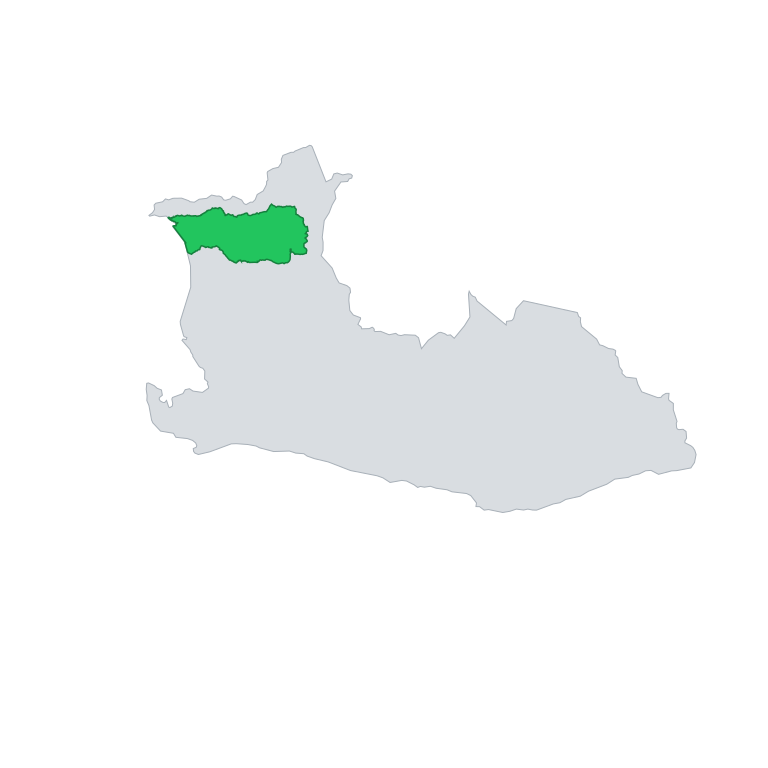 Maynas, Loreto, Peru shown in context, rotated 309°
{"feature_id": "86281439B40534422566691", "entity_name": "Maynas", "entity_type": "district", "adm_level": 2, "iso_a3": "PER", "parent_name": "Peru", "parent_adm1": "Loreto", "projection": "robinson", "projection_center": [-74.266, -2.675], "detail": "fine", "context": "in_parent", "style": "filled", "palette": "green", "viewbox_px": 768, "rotation_deg": 309, "n_neighbors": 0, "source": "geoboundaries", "source_scale": "gbopen_adm2", "svg_char_len": 9692}
<svg xmlns="http://www.w3.org/2000/svg" viewBox="0 0 768 768"><g transform="rotate(309 384 384)"><path d="M526.2,226.2L526.0,228.3L523.7,229.3L521.6,227.8L518.5,228.3L513.9,223.4L502.8,224.2L497.9,229.8L490.5,231.0L482.5,233.6L473.4,234.7L459.1,243.7L455.9,247.4L449.4,252.6L444.1,254.4L441.5,270.7L436.3,280.2L434.3,285.5L437.1,293.3L437.1,297.2L434.2,300.3L431.8,300.6L426.9,304.0L419.6,311.2L418.3,316.7L420.7,324.0L419.9,324.8L413.9,326.2L414.0,330.3L412.8,331.9L417.8,337.7L420.7,339.1L420.8,340.6L420.4,342.0L419.2,342.7L419.1,344.0L422.8,348.3L425.5,357.0L430.8,361.3L430.9,364.1L432.4,366.8L435.2,368.9L441.6,377.6L441.7,381.7L435.0,390.9L446.0,390.9L458.2,394.1L459.9,395.6L461.4,399.8L461.6,402.5L464.0,404.7L463.7,409.8L479.8,409.9L490.2,408.6L507.0,393.1L509.7,391.8L508.3,395.1L508.1,397.6L508.9,400.3L507.0,404.1L506.7,441.8L509.8,439.8L513.7,443.4L516.5,443.5L525.8,439.3L536.5,440.0L561.2,489.3L559.0,492.7L559.1,495.2L556.0,497.4L552.9,501.4L552.7,521.0L550.1,526.9L551.5,530.0L552.9,536.2L555.2,540.0L555.7,542.4L555.5,543.3L552.0,545.4L551.7,549.0L545.5,556.0L544.3,560.7L542.0,562.3L541.6,567.7L547.1,576.4L543.5,581.6L540.1,589.2L545.7,605.4L548.0,607.7L550.4,607.6L554.1,609.0L556.1,611.4L551.5,614.5L550.7,615.8L551.0,621.1L546.0,625.1L539.3,635.3L537.5,635.8L534.2,638.9L533.6,640.4L534.1,641.9L537.0,644.9L537.2,648.6L532.4,653.2L529.0,653.7L527.7,654.9L529.1,661.2L529.1,664.0L528.0,667.3L525.6,670.9L518.4,674.7L511.9,675.3L500.9,666.0L497.5,662.2L486.6,654.2L484.9,645.9L481.2,641.9L474.5,638.8L469.2,634.5L465.2,632.6L455.3,623.2L446.3,620.2L429.4,610.4L420.3,607.1L408.7,597.9L402.4,595.4L397.4,591.1L382.1,582.0L379.7,579.0L377.3,574.5L373.9,571.8L370.1,565.6L364.4,562.0L358.9,557.2L352.2,544.2L349.0,541.2L348.8,535.4L346.6,532.6L349.8,530.7L351.9,521.6L350.8,517.0L343.0,504.7L341.5,499.6L335.8,490.1L333.7,484.4L329.2,480.3L327.3,476.7L324.8,475.3L324.6,470.9L322.8,462.6L320.3,458.5L311.3,450.7L310.4,442.2L308.3,436.3L295.7,412.5L288.3,389.6L282.2,376.9L279.6,369.6L279.4,365.6L274.8,358.9L272.4,352.7L262.1,340.8L256.1,327.5L255.3,323.6L251.3,316.3L244.7,306.8L241.4,303.0L221.7,291.3L212.4,284.1L211.3,280.5L211.8,278.4L213.8,276.4L216.6,277.9L218.3,277.3L219.7,274.7L219.7,270.7L217.9,265.6L211.6,255.8L213.2,251.4L206.8,240.0L208.3,228.9L209.7,226.1L219.3,214.9L221.9,210.1L226.0,207.1L230.2,202.6L235.2,199.2L236.6,200.3L238.1,206.4L237.9,210.4L239.3,214.8L235.8,218.8L232.0,218.0L230.6,219.0L230.0,220.9L230.6,223.9L231.6,225.2L234.4,225.3L230.6,231.2L230.9,232.4L233.6,233.4L236.1,231.9L238.8,228.6L240.4,228.1L250.0,233.8L254.5,233.1L257.9,235.8L258.3,240.0L263.2,248.2L270.3,250.2L271.5,249.5L273.1,246.5L274.7,246.0L275.0,241.4L281.3,236.6L282.2,233.3L281.3,230.9L281.4,229.0L285.0,218.2L286.2,217.1L287.3,213.7L288.7,211.6L290.8,199.5L292.5,199.5L294.1,202.4L296.0,201.6L295.0,198.9L295.3,198.0L302.2,188.3L304.4,186.2L337.6,172.9L354.1,159.2L368.7,140.1L373.3,120.8L375.0,122.1L377.7,121.6L376.8,113.8L377.5,110.1L377.4,109.0L372.8,104.3L370.9,99.2L367.0,96.3L367.1,95.2L371.4,96.3L375.2,95.9L378.4,92.7L380.9,92.9L386.3,97.3L390.3,97.7L391.6,100.8L395.5,103.1L401.1,109.8L403.6,117.1L403.5,118.4L405.9,122.2L411.3,124.1L416.7,129.4L422.3,131.1L424.8,135.9L426.3,137.5L427.1,140.2L426.2,143.5L427.0,145.2L431.2,148.1L434.7,148.2L435.4,149.6L437.4,157.6L436.1,161.6L436.6,163.9L441.3,165.8L442.6,167.5L446.3,167.9L451.5,166.2L458.0,168.6L462.9,167.7L465.2,167.1L467.6,165.3L469.5,165.4L474.6,160.3L476.0,159.9L481.5,162.1L486.0,165.6L491.7,165.0L494.0,162.8L498.1,161.6L505.5,165.9L507.1,167.9L509.1,168.3L517.0,172.6L518.4,174.3L522.6,175.9L523.4,177.3L523.2,178.9L504.6,211.7L510.3,214.4L515.7,212.8L518.5,214.9L520.5,220.3L524.7,223.8L526.2,226.2Z" fill="#d9dde1" stroke="#a8b0b8" stroke-width="1"/><path d="M428.7,232.9L429.0,233.4L429.3,233.4L429.8,233.8L430.0,234.5L430.8,235.3L431.9,237.3L432.8,238.0L433.4,239.0L434.8,240.1L435.8,240.5L436.2,241.0L436.6,241.3L439.2,239.9L440.0,238.8L440.0,236.3L440.2,235.5L440.8,234.8L441.6,234.4L442.2,233.8L442.8,233.5L443.6,233.6L444.3,234.2L444.9,234.1L445.9,234.5L446.7,234.5L447.0,234.2L447.5,232.9L447.8,231.9L447.8,230.8L450.2,231.4L451.3,231.3L452.1,230.0L451.4,228.3L452.7,228.3L453.3,228.0L453.9,228.0L455.0,228.8L455.5,228.0L458.1,225.3L458.1,225.1L457.0,224.4L456.8,224.0L457.1,222.5L457.6,221.8L457.5,221.6L457.7,221.4L457.9,220.5L458.2,220.3L458.4,219.9L459.1,219.4L459.3,218.9L459.5,218.9L459.9,218.5L460.4,218.5L461.2,217.7L461.9,216.9L461.9,216.1L461.6,215.5L461.1,213.4L461.2,210.4L460.9,210.1L460.5,208.7L461.2,208.4L461.3,208.2L462.8,206.8L464.2,206.1L464.7,205.2L464.7,204.3L464.9,203.7L465.7,202.8L465.7,202.7L463.7,201.2L463.5,200.9L463.5,199.7L462.9,198.9L462.4,198.6L462.4,198.3L462.2,198.2L461.4,197.4L461.3,197.0L460.8,196.2L459.6,195.8L459.2,195.6L458.9,194.7L458.6,194.7L457.6,194.2L457.4,193.7L457.6,193.2L457.4,192.9L457.3,192.5L457.0,192.4L456.3,191.0L456.0,191.0L455.7,190.7L455.6,190.0L455.0,189.5L453.5,189.0L453.4,188.4L453.5,187.1L452.9,185.2L453.0,183.4L450.7,183.3L447.5,184.1L446.3,184.0L444.0,184.2L442.8,182.8L441.5,181.7L440.5,181.1L439.1,179.9L438.8,179.7L437.8,179.8L437.4,179.6L437.2,179.1L437.1,177.9L436.9,177.6L436.4,177.3L435.6,177.4L435.1,177.2L434.2,176.4L433.3,175.4L431.7,174.8L430.8,174.2L430.0,172.8L429.8,172.0L430.0,171.4L430.5,170.8L430.6,170.1L430.5,169.8L429.6,169.0L428.5,168.3L427.5,168.1L426.4,167.0L425.2,166.7L424.8,165.9L423.2,164.5L422.2,164.2L421.9,164.3L421.5,164.6L420.9,164.4L420.7,163.8L420.4,162.6L419.9,162.2L419.7,161.8L419.8,161.3L420.2,160.3L420.3,160.0L419.8,159.5L419.0,159.2L418.8,158.9L418.3,155.9L418.0,155.7L416.7,155.6L416.3,155.3L416.1,154.9L415.8,154.9L415.6,154.7L415.3,154.8L415.0,154.5L415.1,154.3L415.7,154.0L416.0,153.2L416.2,152.9L416.4,152.4L416.2,151.9L416.3,151.6L416.8,151.1L416.9,150.7L417.4,150.3L417.3,149.4L417.5,148.7L418.0,147.5L417.8,145.5L417.2,144.9L416.0,144.9L415.8,144.6L415.8,144.3L415.5,144.0L415.4,143.7L415.0,142.7L414.7,142.6L414.5,142.4L414.5,141.9L413.9,141.9L413.6,141.7L413.0,140.8L412.9,140.0L412.6,139.8L412.0,140.0L410.4,139.7L409.5,139.2L408.6,138.2L408.0,138.0L407.7,137.6L407.4,137.4L407.0,137.4L406.6,137.7L405.6,137.3L404.9,137.0L404.3,137.1L403.8,136.6L403.0,136.4L401.5,135.7L401.2,135.8L400.8,135.6L400.7,135.8L400.4,135.8L400.4,135.6L399.9,135.2L399.5,135.3L399.0,135.2L398.4,134.4L397.6,134.1L397.4,133.6L397.0,133.5L396.3,133.0L396.4,132.0L395.9,131.3L395.5,130.9L394.8,130.6L394.8,130.1L393.5,128.9L393.2,128.2L392.9,128.0L392.6,126.7L392.1,126.5L391.5,125.0L390.8,124.8L390.5,124.3L390.0,124.2L389.0,123.8L388.8,123.2L388.4,122.8L388.1,122.1L387.9,120.6L387.3,120.6L386.8,119.9L386.6,119.7L386.0,119.6L385.1,117.4L384.3,116.9L384.0,116.9L384.0,116.7L383.8,116.6L383.5,116.8L383.1,116.2L382.4,116.3L381.8,116.1L381.2,115.6L381.0,115.4L381.1,115.2L380.8,115.3L379.3,114.8L379.2,114.6L379.2,114.3L379.5,114.2L378.9,113.8L378.3,113.3L378.2,113.1L378.3,112.7L378.0,112.2L378.2,111.9L377.9,111.7L377.7,111.8L377.8,111.9L377.5,111.8L377.5,112.2L377.1,112.5L377.4,113.0L377.8,113.4L377.7,113.6L377.3,113.8L377.1,114.1L377.2,115.1L377.7,115.6L377.6,115.8L377.3,116.1L377.3,116.3L378.0,116.7L378.0,117.1L377.8,117.9L377.9,118.2L378.5,118.9L378.6,120.0L378.5,120.3L378.2,120.7L378.3,121.3L379.1,121.8L379.5,122.2L379.0,122.4L378.8,122.2L377.0,122.2L376.7,122.5L376.3,122.8L376.0,122.4L375.7,122.4L374.9,121.3L374.4,120.9L374.1,120.7L373.9,120.9L369.6,138.5L369.4,139.1L369.1,141.0L368.9,141.1L368.8,140.8L368.4,140.6L362.9,148.4L362.9,150.2L363.6,152.2L363.8,152.8L365.1,152.9L366.1,153.3L366.5,153.3L367.6,154.0L368.7,153.8L369.7,154.9L370.2,155.0L371.3,155.1L371.7,155.2L372.3,156.1L372.5,156.2L373.2,155.9L373.8,155.5L374.7,155.4L375.3,155.1L376.4,155.1L376.7,155.3L377.2,156.4L377.3,157.0L377.6,157.5L377.6,157.9L377.9,158.2L377.8,158.7L377.8,159.3L378.1,159.4L378.5,160.0L379.4,160.3L380.0,160.9L380.1,161.2L379.9,161.6L379.9,162.0L380.4,162.5L380.9,164.1L381.6,164.6L381.8,164.2L382.4,164.3L384.3,166.2L385.3,166.7L385.7,166.6L385.9,166.8L385.8,167.2L386.1,168.1L386.0,168.7L386.2,169.6L386.1,171.0L385.3,171.1L385.0,171.4L385.0,171.7L385.3,172.7L385.6,173.0L385.8,173.2L385.8,173.9L385.9,174.6L385.6,175.5L385.5,176.0L385.2,176.3L384.8,176.4L384.5,176.8L384.5,179.4L384.1,180.2L384.0,181.4L383.4,184.0L383.5,184.3L383.1,185.6L383.2,186.2L383.5,186.4L383.7,186.8L383.8,187.7L384.0,188.8L384.4,189.2L384.2,190.0L384.5,190.3L384.3,190.9L384.5,191.6L384.8,192.0L384.8,192.4L384.9,192.5L385.0,192.9L385.4,192.9L385.7,193.1L386.0,193.0L386.4,193.2L387.0,193.1L387.3,193.2L387.3,193.4L387.8,193.5L388.3,193.2L388.7,193.5L388.8,193.9L389.1,193.9L389.4,194.0L389.8,194.3L390.0,194.6L389.6,195.1L389.6,195.4L389.5,195.8L389.6,195.7L389.8,196.0L389.9,196.3L390.1,196.5L390.3,196.6L390.6,196.6L390.9,196.9L390.9,197.2L391.2,197.2L391.7,197.5L391.8,198.2L392.0,198.4L392.3,198.6L392.2,198.8L392.5,199.4L392.5,200.0L392.8,200.7L392.6,201.2L392.7,201.4L393.4,201.2L393.8,201.7L393.6,201.9L393.6,202.6L393.8,203.0L397.3,207.0L398.7,209.0L399.0,209.2L399.6,208.6L399.7,209.0L400.0,209.3L400.8,209.4L400.9,209.6L401.3,209.7L401.5,209.7L402.2,209.5L402.5,209.6L402.7,209.9L403.1,211.0L404.0,211.5L404.4,212.3L405.1,213.3L405.6,213.8L406.1,213.7L406.9,214.2L407.6,215.2L407.6,215.5L408.0,216.1L408.4,217.4L408.6,217.7L408.8,218.5L409.1,218.7L409.1,220.6L410.0,224.3L410.5,225.4L411.2,226.5L414.4,229.0L414.6,230.4L414.8,230.7L415.3,230.9L416.1,231.0L417.5,232.6L418.6,232.9L420.0,233.0L421.0,232.8L421.5,232.7L424.3,230.8L425.1,230.1L425.7,229.4L427.4,228.9L427.7,228.4L427.8,227.7L428.7,227.2L429.7,226.3L430.3,226.7L430.3,226.9L429.0,227.9L428.5,228.4L428.3,228.8L429.1,230.2L429.1,230.8L429.0,231.7L429.1,232.2L428.7,232.9Z" fill="#22c55e" stroke="#15803d" stroke-width="1.5"/></g></svg>